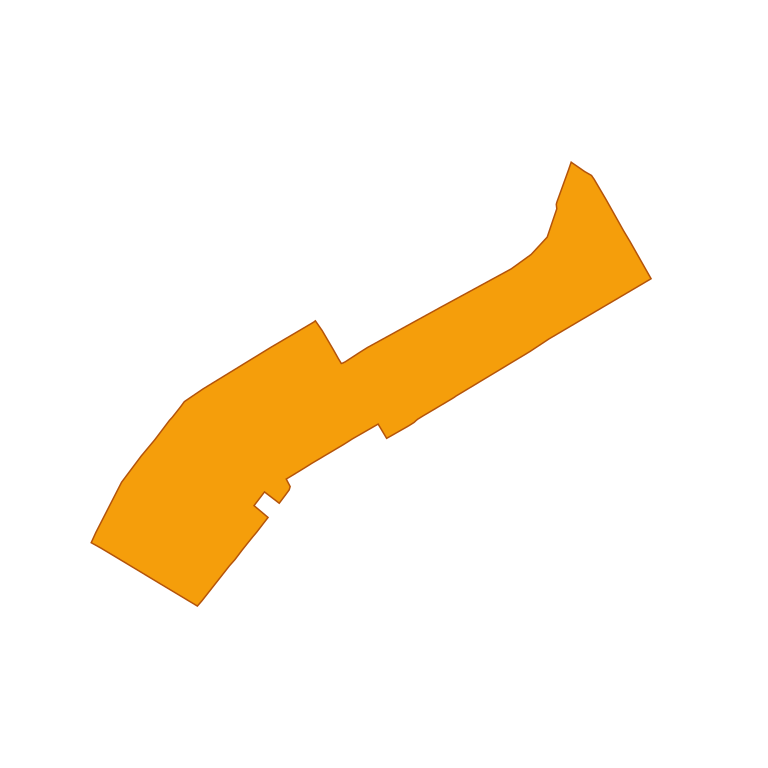 Al-Arab, Bur Sa`id, Egypt (Albers equal-area conic projection), rotated 206°
{"feature_id": "37247803B56705679670206", "entity_name": "Al-Arab", "entity_type": "district", "adm_level": 2, "iso_a3": "EGY", "parent_name": "Egypt", "parent_adm1": "Bur Sa`id", "projection": "albers", "projection_center": [32.296, 31.262], "detail": "fine", "context": "isolated", "style": "filled", "palette": "amber", "viewbox_px": 768, "rotation_deg": 206, "n_neighbors": 0, "source": "geoboundaries", "source_scale": "gbopen_adm2", "svg_char_len": 1215}
<svg xmlns="http://www.w3.org/2000/svg" viewBox="0 0 768 768"><g transform="rotate(206 384 384)"><path d="M577.6,113.0L566.3,112.4L536.3,109.8L529.6,109.2L497.0,106.3L454.4,102.6L452.7,108.9L443.2,152.9L441.0,160.8L438.8,172.1L436.6,182.0L435.0,189.0L433.5,194.9L431.1,206.6L429.7,213.2L447.5,217.7L444.1,234.6L425.9,230.9L423.8,241.8L422.8,247.3L423.1,249.0L423.4,250.7L430.2,255.7L420.5,270.8L414.2,280.9L393.5,312.4L388.3,320.9L371.7,345.4L357.8,336.3L343.3,357.5L340.2,362.5L339.4,364.5L339.3,364.9L338.3,367.1L334.9,372.5L316.4,400.6L315.1,402.7L313.9,404.9L267.0,477.3L255.4,497.0L190.1,595.7L225.5,620.0L235.5,626.5L265.1,647.0L285.0,660.2L287.0,661.3L288.9,662.4L296.6,662.9L313.0,665.4L312.0,657.3L308.4,623.7L308.2,622.4L307.9,621.0L305.5,617.2L301.7,587.6L308.5,565.0L320.1,543.3L366.1,478.7L414.9,409.5L420.1,401.1L426.1,391.1L428.6,386.9L430.2,384.8L431.4,383.7L432.4,384.4L436.3,386.9L444.8,392.8L449.5,395.9L463.0,404.9L473.4,410.7L473.8,409.9L474.2,409.0L501.3,368.1L544.6,300.1L552.6,286.1L555.4,281.2L555.6,280.8L555.8,280.3L556.8,274.6L559.7,261.3L560.3,259.3L560.9,257.3L565.6,233.3L570.6,213.1L576.8,180.7L577.9,124.3L577.6,113.0Z" fill="#f59e0b" stroke="#b45309" stroke-width="1.5"/></g></svg>